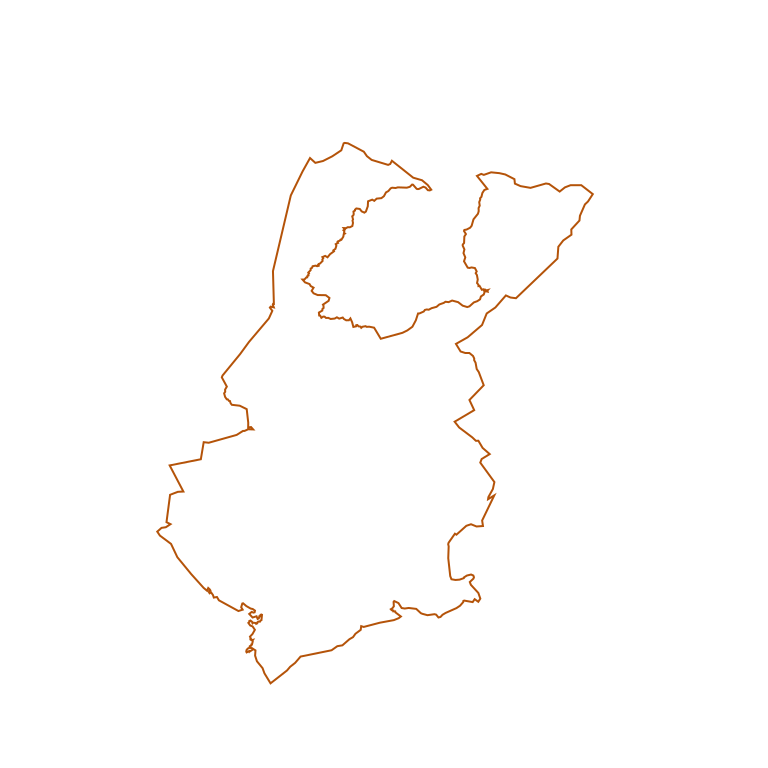 Chilapa de Álvarez, Guerrero, Mexico, rotated 247°
{"feature_id": "50627088B21045528675432", "entity_name": "Chilapa de Álvarez", "entity_type": "district", "adm_level": 2, "iso_a3": "MEX", "parent_name": "Mexico", "parent_adm1": "Guerrero", "projection": "robinson", "projection_center": [-99.099, 17.491], "detail": "fine", "context": "isolated", "style": "outline", "palette": "amber", "viewbox_px": 768, "rotation_deg": 247, "n_neighbors": 0, "source": "geoboundaries", "source_scale": "gbopen_adm2", "svg_char_len": 6166}
<svg xmlns="http://www.w3.org/2000/svg" viewBox="0 0 768 768"><g transform="rotate(247 384 384)"><path d="M400.9,195.3L386.3,186.0L392.8,154.9L363.4,157.3L365.3,152.1L365.6,143.8L341.8,129.8L338.4,132.7L337.4,127.2L338.5,123.0L336.7,117.6L332.0,118.5L320.0,125.5L305.3,126.1L284.5,132.2L266.8,138.3L262.9,140.3L264.9,142.5L263.1,143.3L262.0,143.5L261.8,142.3L261.0,142.4L260.9,141.5L259.5,141.7L259.8,143.4L256.6,144.1L253.9,143.9L253.2,147.0L249.4,147.5L231.9,161.3L231.5,165.7L234.3,165.3L237.3,167.8L237.2,168.6L233.4,170.5L229.4,173.5L228.2,175.2L225.8,176.7L224.4,175.7L224.6,174.4L225.9,173.2L225.0,170.1L220.4,171.8L220.0,175.9L217.1,175.9L217.2,177.2L218.9,178.5L218.5,179.2L219.5,179.7L219.8,180.9L219.2,181.5L214.5,178.9L214.5,178.0L213.7,176.9L214.3,175.9L214.2,174.5L213.2,173.8L213.2,172.8L213.8,173.0L215.5,170.2L215.2,169.5L216.8,169.6L218.5,168.6L218.4,167.4L217.7,167.3L217.1,165.8L214.0,166.5L212.2,168.3L208.2,169.1L205.2,165.2L203.8,161.9L201.3,162.0L201.7,161.5L201.0,161.2L200.0,161.9L199.7,163.5L199.1,162.6L198.3,162.6L195.8,160.7L196.0,160.1L195.2,159.6L195.1,158.0L194.2,157.4L193.2,158.0L193.8,156.8L193.7,155.2L192.8,153.5L191.4,152.6L190.6,152.7L190.8,155.1L190.4,155.2L191.4,156.4L190.2,155.9L190.8,159.3L191.9,159.6L189.0,161.6L184.3,159.2L178.4,158.7L169.9,161.2L164.4,160.9L152.8,162.6L158.2,182.8L160.4,187.2L162.0,193.2L165.7,200.7L159.4,231.7L160.9,238.6L159.7,243.6L162.6,252.5L163.1,256.6L165.3,260.2L166.8,266.5L170.0,268.4L168.3,270.4L165.9,286.9L162.8,300.8L162.7,306.0L163.4,308.7L169.3,305.3L170.3,305.5L171.1,303.7L171.9,304.0L172.8,302.7L174.0,302.3L174.2,303.9L175.5,306.2L179.7,307.7L180.2,308.6L176.7,311.7L170.9,312.7L169.2,315.4L168.2,319.2L164.4,325.8L158.6,328.4L157.4,329.6L154.2,333.7L152.4,340.5L151.3,341.9L147.8,342.9L147.5,345.0L148.7,347.7L149.2,351.3L149.4,363.1L150.2,367.4L152.3,371.7L153.3,372.3L153.3,373.2L148.6,380.4L150.5,383.4L146.7,385.7L148.8,388.8L154.8,389.2L165.2,385.5L168.2,385.6L169.9,390.3L171.0,391.3L172.8,391.4L174.6,389.7L175.3,385.4L174.7,382.0L174.1,381.6L174.4,377.1L175.7,373.2L177.9,369.8L181.3,369.9L198.6,375.1L209.3,380.1L211.5,380.5L212.7,381.5L218.5,390.8L217.0,391.8L221.3,404.4L220.9,409.3L216.7,413.5L214.6,419.6L220.0,421.0L238.4,442.0L237.3,434.8L239.1,435.9L244.8,443.2L250.6,447.3L274.0,441.9L276.8,444.6L278.2,453.9L286.6,449.8L294.9,448.7L295.8,446.4L300.4,444.4L314.6,436.2L321.7,434.3L324.7,456.8L335.9,456.4L343.9,475.3L357.9,475.9L361.6,475.2L367.8,476.6L370.7,476.3L372.2,477.0L375.0,476.9L379.2,474.7L380.8,470.9L384.0,467.2L392.8,465.9L394.3,479.2L400.0,497.3L408.8,506.1L410.9,516.4L417.9,530.8L414.2,534.2L411.4,539.0L431.7,592.7L442.2,598.1L446.1,605.1L448.2,614.9L453.1,616.8L458.1,627.8L462.3,630.1L470.8,639.1L472.3,643.1L477.2,650.4L489.9,643.3L494.1,633.4L494.3,627.4L492.5,620.9L503.6,614.1L505.3,611.4L507.3,595.5L512.8,587.0L517.3,582.8L521.6,584.1L529.5,577.5L533.0,572.6L537.0,565.3L537.5,557.6L539.4,555.6L539.2,550.9L523.2,555.4L523.4,552.2L521.4,549.2L518.2,546.8L517.4,545.0L516.1,544.6L514.2,542.7L510.8,541.8L509.0,539.8L506.1,538.7L504.0,537.0L500.6,530.7L495.4,526.5L494.2,524.3L493.9,520.3L494.4,518.2L493.6,517.4L490.0,518.0L488.4,515.6L482.5,512.8L481.6,511.0L480.6,510.5L476.5,510.6L473.4,508.3L468.8,508.3L465.7,505.6L458.4,506.5L457.4,508.0L457.1,510.1L455.2,513.0L451.4,513.3L450.2,511.7L448.0,512.1L443.5,511.1L440.6,509.1L438.5,509.7L437.2,509.2L436.9,510.3L432.5,510.9L432.4,512.3L431.8,512.4L431.6,513.8L430.1,514.9L429.9,516.4L429.5,515.6L428.5,515.5L430.5,512.6L429.2,512.4L427.4,510.8L426.7,507.4L424.4,505.5L423.8,502.2L424.0,498.6L422.1,493.0L422.3,490.7L425.4,487.0L430.4,484.2L434.2,479.3L434.1,475.5L435.7,472.7L435.3,470.7L435.6,466.0L434.5,462.5L435.2,457.5L434.9,454.2L435.9,452.5L436.2,450.6L435.2,448.9L435.1,444.1L435.6,442.9L430.2,438.2L425.6,432.5L424.2,426.4L423.9,421.0L426.9,398.7L439.7,396.9L442.4,393.0L443.5,390.2L444.4,389.7L445.1,386.6L444.6,385.0L446.0,384.8L447.0,383.1L448.7,382.5L449.0,381.5L448.0,380.9L448.5,378.1L453.3,378.8L457.5,378.7L456.4,376.6L457.4,374.1L459.5,372.5L461.3,372.0L461.7,368.3L463.8,366.7L463.5,364.2L464.7,360.3L466.6,358.6L467.5,356.4L469.2,355.6L469.8,354.4L469.4,352.2L471.9,352.0L472.4,351.1L475.2,352.0L475.7,355.9L477.1,356.6L477.6,358.1L479.7,358.9L480.9,358.8L482.2,365.5L484.5,367.4L488.5,365.1L491.8,357.7L495.0,354.6L498.0,353.8L500.2,356.8L502.8,354.8L505.1,354.5L508.4,351.0L512.0,349.8L511.3,351.6L512.4,354.0L512.2,355.0L513.2,355.4L513.4,356.9L514.5,357.1L515.1,358.2L516.2,357.9L517.4,360.9L518.9,361.6L519.1,363.2L520.3,364.3L519.7,367.2L518.7,368.3L519.3,369.5L518.4,369.5L518.3,370.1L520.0,370.9L519.9,372.2L521.3,375.6L522.7,375.9L523.5,377.2L524.9,376.9L524.9,379.9L522.7,381.5L524.6,385.1L525.7,389.8L526.8,389.6L527.4,392.1L529.9,394.2L531.6,394.2L531.8,396.8L532.9,396.6L533.3,397.2L533.2,399.3L533.9,400.4L533.4,401.1L535.5,404.1L537.7,405.5L537.8,406.8L538.8,406.3L540.2,407.2L541.3,406.8L541.5,408.2L543.3,407.8L542.3,409.9L542.5,411.9L541.6,413.8L541.8,416.6L544.4,418.4L546.8,418.9L547.6,419.8L550.8,420.3L551.2,421.6L552.2,422.5L554.7,423.3L555.0,425.1L555.8,425.4L556.4,427.1L554.6,430.1L551.6,430.9L549.4,432.9L549.8,434.7L553.9,438.5L558.4,440.7L558.3,445.2L556.4,446.6L557.5,449.7L556.1,454.2L556.9,457.3L559.6,460.7L559.9,463.4L561.5,466.6L561.5,468.2L559.9,471.2L559.6,473.6L555.8,481.7L555.4,484.8L556.6,487.8L556.1,488.6L550.9,490.3L550.3,491.1L549.9,492.2L550.2,497.3L548.6,499.0L545.3,500.1L544.3,501.8L544.4,503.4L550.1,502.0L556.7,498.6L562.5,491.5L586.4,478.5L584.1,475.7L584.1,473.4L595.1,460.2L600.4,457.3L605.7,456.2L619.6,444.9L621.3,442.0L621.3,440.9L615.8,436.0L613.8,425.3L613.1,415.0L614.4,407.2L620.9,404.2L611.5,392.1L594.0,371.9L531.3,325.9L500.7,313.9L501.1,313.2L500.4,312.6L497.6,312.5L499.5,309.9L498.9,308.8L495.0,309.8L489.3,303.6L475.5,276.2L467.8,263.3L454.9,238.7L453.5,237.3L443.0,238.3L440.9,235.5L438.9,234.8L437.9,233.2L434.2,232.7L431.3,233.3L430.9,234.2L429.0,234.7L428.6,235.5L426.2,235.3L424.3,235.8L420.4,242.7L414.5,247.8L401.4,243.9L397.1,242.0L396.3,244.8L393.3,245.8L395.4,241.3L395.3,237.2L395.9,235.8L394.7,228.5L398.4,199.7L400.9,195.3Z" fill="none" stroke="#b45309" stroke-width="2"/></g></svg>